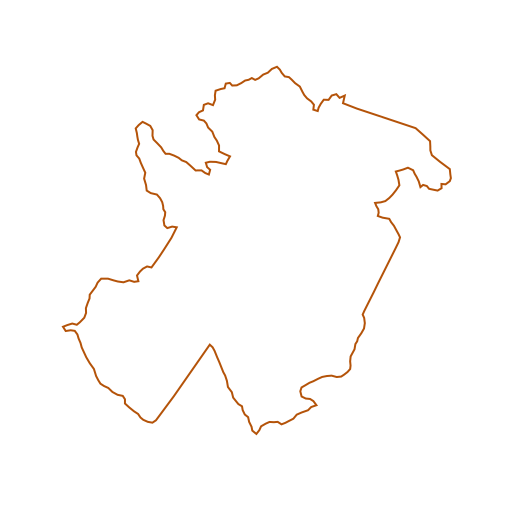 outline of Barra do Piraí, Rio de Janeiro, Brazil, rotated 285°
{"feature_id": "56859067B26511615248896", "entity_name": "Barra do Piraí", "entity_type": "district", "adm_level": 2, "iso_a3": "BRA", "parent_name": "Brazil", "parent_adm1": "Rio de Janeiro", "projection": "robinson", "projection_center": [-43.906, -22.425], "detail": "fine", "context": "isolated", "style": "outline", "palette": "amber", "viewbox_px": 512, "rotation_deg": 285, "n_neighbors": 0, "source": "geoboundaries", "source_scale": "gbopen_adm2", "svg_char_len": 3721}
<svg xmlns="http://www.w3.org/2000/svg" viewBox="0 0 512 512"><g transform="rotate(285 256 256)"><path d="M444.2,227.3L440.8,222.9L436.1,220.0L433.1,216.0L428.3,212.6L425.9,209.6L426.8,205.9L424.3,203.3L422.7,200.1L419.2,197.0L415.9,193.3L414.5,188.9L416.4,185.9L414.7,182.2L409.9,182.2L408.2,178.8L405.2,174.2L400.6,174.7L396.4,176.1L390.6,175.4L391.1,170.2L388.5,166.5L382.9,167.1L380.1,163.7L376.6,162.0L373.2,165.7L373.3,170.6L371.2,173.8L367.7,176.5L364.8,181.6L360.2,185.0L357.3,188.3L353.2,191.7L347.5,193.2L346.3,199.5L345.5,205.1L340.4,203.7L336.9,203.1L336.7,198.5L336.5,193.0L335.1,187.1L333.1,183.4L329.2,185.8L327.4,189.4L322.5,189.4L323.0,185.5L324.6,181.2L323.0,175.5L326.4,169.0L328.7,164.3L329.2,159.6L330.8,155.9L331.8,150.9L332.3,145.8L331.3,142.2L333.5,139.3L336.4,136.3L339.4,131.4L342.0,126.9L345.3,124.9L350.8,123.6L354.3,120.2L355.4,115.7L356.2,111.7L352.1,108.8L348.1,106.8L343.9,109.1L340.8,110.4L337.6,111.9L334.1,114.1L330.3,113.5L325.5,113.1L322.3,114.5L319.9,118.0L316.2,120.6L312.0,124.0L307.8,127.5L301.8,127.9L296.1,131.4L290.9,133.5L289.5,138.1L289.7,144.4L287.0,148.4L283.7,151.5L280.4,153.3L277.2,154.4L274.8,157.0L271.4,157.6L266.7,157.4L261.8,159.6L260.0,163.1L262.7,167.4L263.2,172.0L251.6,169.6L238.3,165.4L229.6,162.5L217.9,158.0L217.7,153.5L214.5,150.1L211.0,148.0L206.4,146.1L201.2,148.9L199.5,145.0L199.7,139.9L196.3,134.8L195.6,129.1L195.6,124.8L195.8,119.0L194.0,112.3L189.3,109.9L184.7,109.1L180.0,107.2L175.6,105.4L171.9,106.2L167.2,105.6L161.6,105.2L157.0,106.6L151.9,106.1L146.4,103.0L143.2,100.7L143.2,96.0L140.5,91.7L137.7,87.9L134.3,91.6L136.3,96.2L136.8,100.3L134.0,103.8L130.4,106.0L126.6,109.0L122.6,111.3L117.8,115.3L114.2,118.3L109.4,123.2L104.9,128.7L98.7,132.6L95.2,135.8L92.4,138.8L91.1,142.8L90.3,147.5L87.5,152.5L86.1,158.2L86.4,163.5L83.7,166.5L79.6,167.6L76.9,172.8L74.4,178.4L72.9,183.0L70.1,186.2L68.6,189.5L67.8,194.4L68.2,199.1L71.4,201.9L99.2,212.9L158.4,234.3L156.6,237.7L153.7,240.5L148.0,244.8L144.0,248.0L135.3,254.5L132.6,257.1L127.9,260.2L122.2,262.8L118.2,267.9L113.3,270.6L110.5,274.4L108.4,277.3L107.2,281.4L103.7,283.0L100.0,286.2L98.3,290.1L94.0,292.3L89.9,295.9L86.4,297.6L84.2,302.4L88.6,304.3L92.8,305.0L96.6,308.8L99.2,312.0L100.1,316.3L101.4,319.9L100.0,324.2L102.4,327.5L104.9,330.2L108.5,334.2L113.3,336.4L116.6,340.5L120.5,346.2L124.4,348.4L127.5,353.0L130.7,349.0L131.9,345.2L131.2,340.9L132.1,336.4L136.8,333.8L140.8,334.0L144.2,337.4L147.4,340.5L149.8,343.7L153.5,347.8L156.3,351.2L158.4,355.5L160.0,360.0L160.0,365.3L161.6,369.5L164.2,371.8L167.6,374.4L171.2,376.2L174.6,375.7L178.6,374.2L183.5,373.4L186.8,374.2L191.4,375.3L196.7,374.8L199.8,375.8L203.2,375.7L208.6,377.7L213.9,379.1L219.3,378.5L224.2,376.5L227.0,374.2L230.9,374.8L251.6,379.1L260.9,380.9L299.5,388.8L306.2,390.1L311.3,390.3L314.1,387.9L316.9,385.2L320.9,381.4L323.7,377.7L326.4,375.1L325.8,368.3L326.2,363.3L329.5,363.3L332.8,362.0L335.3,359.4L338.1,357.3L340.1,362.6L342.5,366.7L346.5,369.7L350.6,372.0L355.7,374.2L361.4,376.2L366.5,373.9L370.6,371.4L373.8,369.2L375.6,372.4L377.6,375.7L380.6,379.9L379.5,385.6L376.5,388.0L374.1,390.5L370.2,393.9L365.1,397.0L367.9,399.0L367.8,402.9L365.7,405.8L365.9,409.6L366.2,414.5L369.5,417.7L373.6,416.5L374.3,420.6L378.4,423.8L381.6,424.1L385.1,422.6L390.1,420.7L394.6,409.4L398.9,399.8L403.1,397.1L407.0,396.0L412.0,394.4L416.3,386.1L420.8,377.1L423.2,337.4L424.5,315.3L426.1,300.5L433.9,300.2L430.4,295.8L433.1,291.7L430.6,287.6L425.6,285.7L424.5,281.0L419.8,279.2L415.5,278.1L412.0,278.1L412.2,273.5L417.1,272.8L419.6,269.3L421.5,264.5L424.0,260.9L426.6,258.4L431.0,254.5L433.1,249.0L435.6,244.8L437.3,241.5L436.9,237.3L439.6,233.4L442.2,230.8L444.2,227.3Z" fill="none" stroke="#b45309" stroke-width="2"/></g></svg>